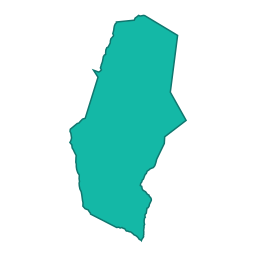 Sina Sina Yonggomugl District, Chimbu, Papua New Guinea
{"feature_id": "67681753B55512371565991", "entity_name": "Sina Sina Yonggomugl District", "entity_type": "district", "adm_level": 2, "iso_a3": "PNG", "parent_name": "Papua New Guinea", "parent_adm1": "Chimbu", "projection": "equal_earth", "projection_center": [145.006, -6.094], "detail": "fine", "context": "isolated", "style": "filled", "palette": "teal", "viewbox_px": 256, "rotation_deg": 0, "n_neighbors": 0, "source": "geoboundaries", "source_scale": "gbopen_adm2", "svg_char_len": 2005}
<svg xmlns="http://www.w3.org/2000/svg" viewBox="0 0 256 256"><path d="M177.6,35.4L144.7,15.6L143.4,15.4L141.2,15.9L140.0,16.0L138.6,15.4L136.8,16.9L135.1,18.1L134.3,20.2L116.4,22.0L116.4,22.9L115.3,23.9L114.4,25.9L114.0,27.9L113.8,29.8L113.4,31.6L112.8,33.7L113.5,35.0L113.4,36.0L112.4,37.1L110.9,38.8L110.4,40.7L110.2,43.1L108.8,45.8L108.1,47.1L106.8,47.7L105.9,49.8L105.7,51.6L105.6,53.1L105.6,54.5L104.4,55.0L103.3,56.8L103.0,58.7L102.4,61.8L101.4,64.6L101.2,65.0L101.2,65.4L101.1,65.8L101.0,66.2L100.8,66.7L100.7,67.2L100.6,67.6L100.4,67.9L101.4,69.9L100.3,71.1L99.0,71.9L98.5,72.0L93.5,70.2L98.0,77.2L85.2,118.3L82.5,119.1L80.4,121.3L78.8,123.1L77.2,123.5L74.3,125.9L72.6,127.3L70.3,129.2L70.0,131.3L70.9,133.4L71.6,138.0L70.9,140.6L69.9,142.5L71.8,144.8L72.2,148.0L73.3,149.7L74.6,152.5L76.3,155.8L76.0,156.9L75.8,162.2L76.3,164.1L76.3,166.8L76.7,169.5L77.8,172.8L79.3,175.0L79.1,178.7L79.5,181.5L79.1,183.1L79.3,186.0L79.9,189.0L81.2,191.7L81.8,195.0L82.5,200.4L83.0,202.7L82.9,206.2L85.1,208.7L88.2,209.9L89.0,211.3L90.2,212.8L90.6,214.1L116.7,227.5L118.8,227.2L120.1,228.0L122.0,227.5L123.3,228.4L124.6,228.6L126.1,230.8L126.8,231.1L127.8,231.1L129.3,231.8L130.5,231.8L132.9,233.6L133.7,234.6L136.3,235.9L138.0,237.5L139.2,239.3L141.2,240.3L141.4,240.6L141.9,239.3L143.6,236.8L143.5,235.4L143.8,234.2L143.7,233.6L143.8,231.8L143.6,230.7L143.8,229.0L144.1,227.0L143.9,225.9L144.6,224.5L144.3,223.3L144.1,222.1L144.2,219.8L144.6,218.0L145.3,217.3L144.9,216.1L145.1,214.4L146.3,213.1L146.6,210.4L146.8,209.9L146.9,208.3L148.1,207.7L149.1,206.1L149.4,204.3L149.8,203.6L151.3,200.4L151.3,199.1L150.6,197.5L149.4,196.4L148.9,195.0L147.4,194.3L145.6,191.8L144.1,190.9L143.0,190.2L142.2,189.0L141.7,186.3L140.3,185.6L140.7,183.3L141.8,181.9L142.2,180.2L143.4,179.1L144.6,175.8L145.3,174.3L146.3,173.5L147.1,171.2L149.5,169.5L150.0,168.9L153.4,167.5L154.8,165.7L155.9,162.5L156.7,159.2L164.3,143.5L164.7,136.8L186.1,120.4L170.3,92.2L177.6,35.4Z" fill="#14b8a6" stroke="#0f766e" stroke-width="1.5"/></svg>